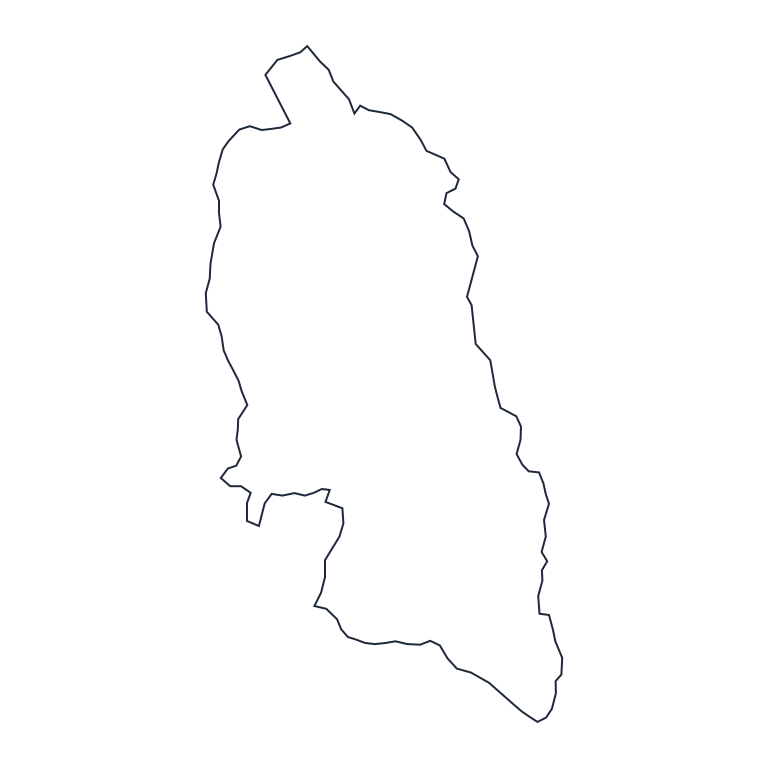 outline of Cerro Branco, Rio Grande do Sul, Brazil
{"feature_id": "56859067B12660061396762", "entity_name": "Cerro Branco", "entity_type": "district", "adm_level": 2, "iso_a3": "BRA", "parent_name": "Brazil", "parent_adm1": "Rio Grande do Sul", "projection": "equal_earth", "projection_center": [-52.997, -29.627], "detail": "fine", "context": "isolated", "style": "outline", "palette": "slate", "viewbox_px": 768, "rotation_deg": 0, "n_neighbors": 0, "source": "geoboundaries", "source_scale": "gbopen_adm2", "svg_char_len": 1810}
<svg xmlns="http://www.w3.org/2000/svg" viewBox="0 0 768 768"><path d="M213.2,184.7L219.0,200.8L219.0,212.9L220.6,226.7L214.0,243.2L210.5,263.7L209.7,278.8L205.8,293.0L206.8,311.7L218.2,324.6L221.6,336.2L223.7,350.4L227.9,360.3L232.4,368.7L238.6,380.8L241.5,390.7L247.3,405.1L238.2,419.1L237.8,429.4L236.5,439.9L241.1,456.5L236.2,465.7L227.9,468.5L220.8,478.0L230.2,486.2L241.0,486.2L250.7,492.8L247.0,503.0L247.0,521.0L258.9,526.0L264.7,503.4L271.6,493.9L282.4,495.6L294.4,493.1L304.9,495.6L313.9,492.8L321.8,489.0L329.7,490.0L325.5,501.9L342.4,508.3L343.4,523.4L339.5,536.5L325.0,560.2L325.0,577.0L321.0,592.9L314.4,606.0L326.3,608.8L337.1,619.3L341.1,629.2L347.9,637.0L355.3,639.3L365.2,643.0L374.8,644.1L385.5,643.0L395.5,641.3L407.4,644.1L420.2,644.7L430.2,640.8L439.8,645.4L447.6,658.5L456.8,668.6L470.8,672.5L489.0,682.8L513.0,703.9L521.7,711.4L529.1,716.5L537.4,721.9L546.1,717.6L551.9,708.8L555.9,693.3L555.6,681.1L561.4,674.6L562.2,657.8L555.3,641.3L553.0,629.9L549.0,615.0L539.5,613.7L538.2,596.1L542.4,580.6L541.9,570.3L547.2,561.3L541.6,552.0L545.8,536.5L544.0,520.0L549.0,503.8L545.6,493.5L543.5,483.6L539.0,472.4L528.7,471.3L522.4,464.7L516.6,454.1L520.5,439.9L521.0,426.6L516.3,416.3L500.5,407.9L497.3,396.2L494.8,386.3L490.3,360.3L475.7,344.0L471.6,305.2L467.0,296.8L477.9,256.2L472.4,245.6L469.1,231.2L463.7,218.5L453.1,211.4L444.2,204.1L446.5,193.1L455.5,188.6L458.7,179.3L450.5,172.0L444.4,158.7L426.5,150.9L420.7,139.9L412.1,127.5L402.4,120.8L390.5,114.1L379.4,112.0L368.9,110.2L360.2,105.7L354.4,113.5L349.0,99.3L333.4,81.6L328.7,69.8L320.1,61.6L307.2,46.1L300.3,52.3L289.3,56.2L277.4,59.9L265.4,74.9L290.3,123.4L281.1,127.5L270.5,129.0L261.7,130.0L249.8,126.2L239.3,129.6L228.5,141.2L222.7,149.4L218.7,163.2L216.6,173.3L213.2,184.7Z" fill="none" stroke="#1e293b" stroke-width="2"/></svg>